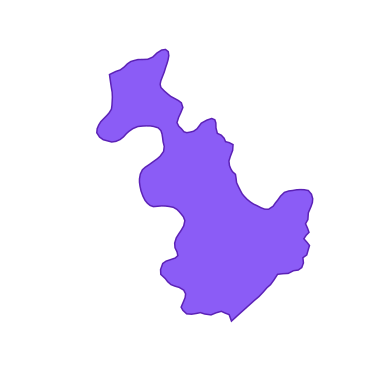 outline of Celso Ramos, Santa Catarina, Brazil, rotated 33°
{"feature_id": "56859067B63950951197132", "entity_name": "Celso Ramos", "entity_type": "district", "adm_level": 2, "iso_a3": "BRA", "parent_name": "Brazil", "parent_adm1": "Santa Catarina", "projection": "natural_earth1", "projection_center": [-51.328, -27.652], "detail": "fine", "context": "isolated", "style": "filled", "palette": "violet", "viewbox_px": 384, "rotation_deg": 33, "n_neighbors": 0, "source": "geoboundaries", "source_scale": "gbopen_adm2", "svg_char_len": 2684}
<svg xmlns="http://www.w3.org/2000/svg" viewBox="0 0 384 384"><g transform="rotate(33 192 192)"><path d="M304.2,152.0L300.9,146.1L299.7,139.3L298.7,135.3L296.9,131.9L293.4,128.8L288.8,127.4L284.8,129.0L281.5,131.0L278.5,133.2L275.5,136.0L272.6,138.4L269.7,142.0L268.5,147.2L268.3,152.0L267.9,155.7L267.8,159.7L265.6,164.8L262.3,166.8L258.6,167.6L253.6,168.1L250.4,168.6L246.6,168.6L241.9,168.1L237.8,167.1L235.0,166.2L232.3,164.7L228.3,162.4L224.3,159.9L221.4,156.4L218.8,153.5L214.8,152.9L211.8,151.4L209.0,149.4L206.1,145.9L204.8,141.4L203.4,134.9L200.6,129.9L196.4,130.3L192.7,131.5L189.6,129.4L185.6,128.4L181.3,129.0L177.2,125.2L174.4,121.1L171.8,119.0L168.5,119.6L165.3,123.6L162.3,129.2L161.8,136.3L160.2,140.2L157.8,142.8L155.3,145.1L152.5,145.9L148.6,144.7L145.2,144.1L141.6,142.0L140.1,136.6L139.4,131.7L138.3,126.1L134.5,123.0L131.0,122.7L126.9,123.0L122.0,123.4L118.2,123.0L113.9,122.4L109.0,121.3L106.6,119.0L105.3,115.7L104.3,111.0L103.4,106.6L102.0,101.7L101.0,97.7L99.9,94.1L98.3,90.3L95.6,87.2L92.1,86.9L89.2,89.5L86.9,94.5L85.6,100.2L82.6,104.8L78.8,107.5L74.5,110.4L71.9,113.2L69.6,115.9L68.0,119.7L67.1,124.0L65.4,128.6L62.5,132.3L58.8,138.4L61.9,142.0L64.8,145.3L68.0,148.9L70.7,151.8L73.6,155.9L75.6,159.3L77.6,162.8L79.3,166.4L79.4,170.8L78.9,174.3L78.0,178.7L77.2,182.7L77.3,186.6L78.0,190.6L79.9,194.2L84.6,196.3L89.1,196.5L97.4,193.8L100.6,191.0L103.1,187.2L104.5,183.1L105.2,178.7L106.1,175.4L107.9,171.0L110.9,166.6L114.5,163.7L117.4,161.6L121.0,159.3L124.2,157.9L128.7,156.6L132.4,157.4L135.3,159.7L137.7,162.4L140.4,165.6L143.9,168.9L146.1,173.5L145.8,179.5L144.7,183.3L142.8,188.1L141.1,192.5L139.3,196.7L138.3,200.4L138.9,205.1L140.8,209.6L142.6,212.4L145.2,215.4L148.6,218.8L153.1,222.2L157.2,224.6L160.7,225.7L164.2,226.1L167.6,225.3L170.8,222.8L174.2,220.1L177.4,218.2L180.7,216.6L184.7,215.0L188.8,214.8L191.8,215.4L194.8,216.3L198.3,217.5L201.6,219.9L203.5,224.9L203.8,230.1L203.7,234.3L203.8,239.1L205.3,244.3L208.1,248.0L212.1,250.4L214.8,253.1L213.9,256.5L211.0,260.2L207.9,264.1L206.4,267.9L207.9,274.2L210.7,278.1L216.9,279.2L220.5,280.5L224.8,281.1L228.8,280.3L233.2,279.0L238.5,278.8L242.1,280.9L243.7,284.2L244.5,288.2L245.6,294.5L248.8,296.2L253.9,297.1L258.2,294.7L261.8,291.5L264.7,288.6L269.1,287.4L274.9,284.7L278.0,280.2L281.6,276.1L285.8,275.5L289.9,274.6L295.4,278.8L297.4,271.1L303.3,249.1L305.1,243.2L306.2,237.2L307.0,231.4L308.3,227.0L308.6,221.3L308.6,214.4L312.6,211.1L317.0,207.9L320.0,202.7L323.6,199.6L325.2,195.6L324.1,190.8L320.8,186.7L322.5,182.3L320.7,176.4L319.7,172.9L315.9,171.6L311.3,170.3L311.3,166.2L312.1,162.1L308.4,159.3L304.5,156.8L304.2,152.0Z" fill="#8b5cf6" stroke="#5b21b6" stroke-width="1.5"/></g></svg>